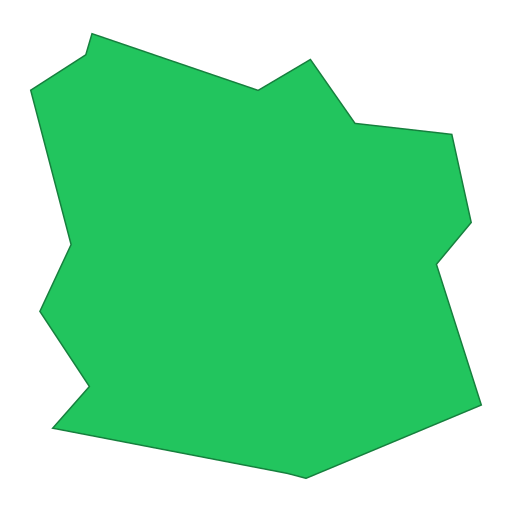 the district of Canal/Pigi, Jonglei, South Sudan
{"feature_id": "79223893B17498067697092", "entity_name": "Canal/Pigi", "entity_type": "district", "adm_level": 2, "iso_a3": "SSD", "parent_name": "South Sudan", "parent_adm1": "Jonglei", "projection": "robinson", "projection_center": [31.43, 9.096], "detail": "fine", "context": "isolated", "style": "filled", "palette": "green", "viewbox_px": 512, "rotation_deg": 0, "n_neighbors": 0, "source": "geoboundaries", "source_scale": "gbopen_adm2", "svg_char_len": 324}
<svg xmlns="http://www.w3.org/2000/svg" viewBox="0 0 512 512"><path d="M287.4,473.4L306.0,478.3L481.3,405.0L436.4,264.3L471.2,222.5L451.8,134.4L355.0,123.4L310.4,59.5L258.1,90.4L92.0,33.7L85.8,54.8L30.7,90.2L71.1,244.6L39.9,311.4L89.4,386.5L52.7,428.2L287.4,473.4Z" fill="#22c55e" stroke="#15803d" stroke-width="1.5"/></svg>